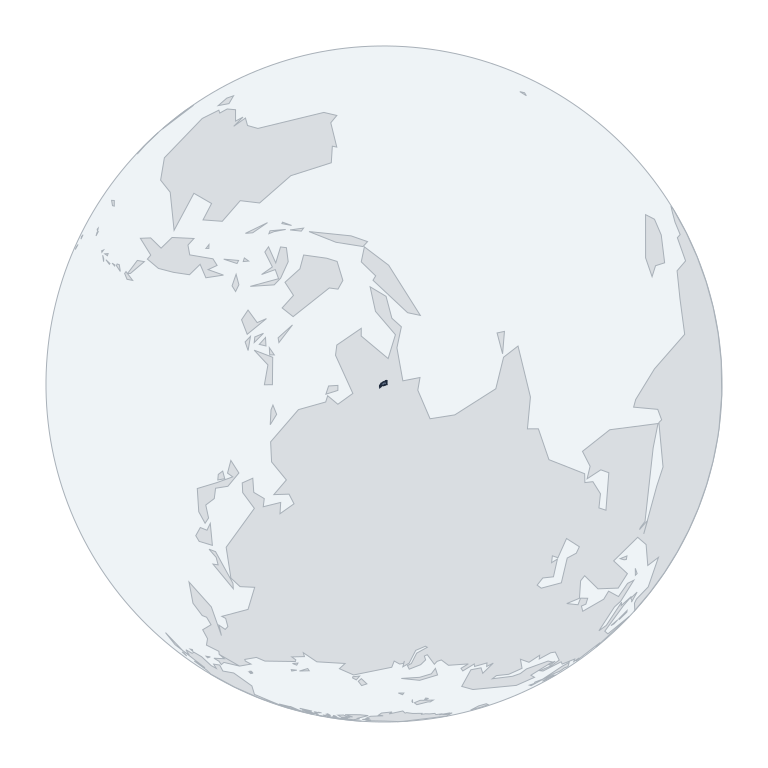 the Earth from above Uttaradit, rotated 185°
{"feature_id": "THA-398", "entity_name": "Uttaradit", "entity_type": "Province", "adm_level": 1, "iso_a3": "THA", "parent_name": "Thailand", "parent_adm1": "", "projection": "orthographic", "projection_center": [100.438, 17.768], "detail": "fine", "context": "on_globe", "style": "filled", "palette": "slate", "viewbox_px": 768, "rotation_deg": 185, "n_neighbors": 0, "source": "natural_earth", "source_scale": "10m", "svg_char_len": 11733}
<svg xmlns="http://www.w3.org/2000/svg" viewBox="0 0 768 768"><g transform="rotate(185 384 384)"><circle cx="384" cy="384" r="338" fill="#eef3f6" stroke="#a8b0b8"/><path d="M703.3,491.0L702.7,493.2L702.6,493.6L703.3,491.0ZM531.3,79.9L536.0,83.7L548.9,91.5L537.6,85.7L569.4,106.1L580.0,117.3L561.4,101.0L554.3,96.9L558.2,102.0L551.7,99.0L549.9,100.2L541.9,96.4L531.6,88.4L526.3,86.1L529.3,90.1L523.2,89.7L519.5,84.0L508.5,83.0L489.3,71.7L486.0,63.5L468.6,57.9L454.7,53.6L480.9,60.3L506.5,69.1L531.3,79.9ZM411.1,47.2L410.2,47.1L411.1,47.2ZM559.7,98.5L556.8,95.8L561.8,99.6L559.7,98.5ZM551.1,101.0L553.9,103.0L551.8,102.8L551.1,101.0ZM537.5,97.3L533.2,97.0L535.8,95.8L537.5,97.3ZM529.5,96.0L519.1,96.4L524.6,100.3L503.3,90.4L519.2,92.7L521.6,90.3L524.3,93.5L529.5,96.0ZM453.1,53.2L454.9,53.8L445.6,51.8L452.5,53.7L440.5,51.7L434.0,50.3L435.0,50.1L429.7,49.6L427.0,48.8L453.1,53.2ZM493.2,85.3L489.2,84.6L491.5,83.9L493.2,85.3ZM415.4,47.5L420.5,48.1L422.8,48.5L412.9,47.6L415.4,47.7L415.4,47.5ZM460.1,55.4L460.1,56.0L450.4,54.5L449.1,54.6L440.4,51.7L460.1,55.4ZM412.1,47.3L407.8,47.2L401.8,46.7L410.5,47.1L412.1,47.3ZM427.6,49.1L428.2,49.4L424.7,48.9L427.6,49.1ZM378.2,46.1L384.4,46.1L386.1,46.2L378.2,46.1ZM406.6,47.3L408.7,47.4L410.1,47.7L406.1,47.6L406.6,47.3ZM434.2,51.1L430.2,50.6L437.2,52.2L430.3,51.6L425.7,50.0L424.8,50.4L422.6,50.3L421.3,49.3L434.2,51.1ZM406.2,48.4L398.0,47.0L386.3,46.7L384.4,46.5L403.7,47.1L406.2,48.4ZM415.2,48.9L409.2,48.4L409.9,48.0L414.5,48.1L415.2,48.9ZM427.1,51.9L439.0,53.2L439.6,53.6L427.1,51.9ZM402.6,48.2L404.7,48.6L401.7,48.3L402.6,48.2ZM419.4,50.7L423.6,51.0L424.1,51.4L419.4,50.7ZM405.3,49.4L402.7,48.8L405.7,48.7L405.3,49.4ZM411.7,50.1L411.4,50.6L408.3,49.1L413.4,50.1L411.7,50.1ZM419.3,51.1L421.0,51.4L417.5,50.9L419.3,51.1ZM395.4,50.7L390.8,48.8L397.5,48.3L401.0,50.1L395.4,50.7ZM115.2,179.2L114.4,180.2L115.4,187.4L113.8,191.7L103.1,204.9L95.5,235.2L105.4,226.2L108.9,246.9L117.9,253.4L139.8,227.8L125.0,216.3L132.9,201.1L153.0,198.6L167.4,210.5L171.0,205.1L170.6,187.6L182.8,181.2L171.5,181.0L169.5,187.8L162.4,188.3L163.7,182.3L168.0,180.0L166.2,174.9L146.3,188.8L142.2,197.2L131.9,192.7L124.0,206.6L118.0,210.3L129.2,188.3L135.0,182.0L148.4,156.9L141.5,162.9L128.3,187.4L128.4,184.0L119.0,194.0L126.3,183.8L142.5,157.0L139.2,154.6L119.5,173.8L119.9,173.2L149.8,140.4L146.2,145.2L154.1,138.0L168.5,124.6L165.6,128.2L170.8,124.0L170.1,126.6L182.1,120.5L183.3,122.7L200.6,111.9L203.6,112.0L192.5,118.1L185.4,124.2L190.0,131.9L194.5,130.8L205.4,123.6L205.3,127.3L215.3,119.4L224.1,121.7L221.7,112.8L234.4,105.7L246.6,103.3L250.4,99.8L230.6,104.0L223.0,107.4L217.2,112.6L196.4,122.3L192.1,121.8L212.3,106.7L208.5,104.9L225.9,95.3L268.8,87.4L280.2,89.5L272.5,106.9L262.6,109.7L260.4,104.4L250.8,115.5L257.1,111.5L257.1,115.1L269.2,110.5L269.7,113.0L280.5,105.0L282.5,107.5L275.6,112.5L295.3,109.4L302.8,114.1L307.0,112.3L309.4,109.2L317.3,118.1L320.1,116.5L318.5,112.8L323.0,107.6L334.0,102.1L336.1,105.5L332.4,107.9L328.0,118.7L317.9,125.5L319.9,126.4L329.2,121.4L334.6,108.1L340.6,103.9L339.5,109.9L340.3,107.4L344.0,106.4L349.7,108.9L351.6,102.5L388.9,91.5L403.6,96.5L398.4,102.2L426.7,101.4L441.0,109.3L439.5,105.5L452.1,104.1L447.8,101.5L448.1,99.8L478.5,97.6L487.3,100.5L498.7,97.5L498.0,95.9L492.1,93.4L503.3,90.4L524.6,100.3L525.2,103.3L538.1,108.4L537.6,114.9L543.2,123.4L535.3,129.1L540.4,136.2L544.9,137.5L555.2,149.0L561.0,169.8L536.6,146.9L524.0,119.2L527.4,129.4L520.8,125.7L518.4,128.7L521.3,136.7L525.3,138.4L499.8,147.6L495.1,170.2L509.7,169.6L519.6,177.3L527.0,207.6L502.3,248.8L515.3,263.5L516.6,273.1L506.5,278.7L504.3,264.7L493.3,259.4L493.6,251.2L476.6,257.0L476.3,245.7L463.2,256.8L469.0,266.0L484.1,264.2L472.9,279.9L489.2,296.6L491.9,316.5L467.0,351.0L440.5,361.0L439.1,367.4L428.2,359.8L414.2,371.9L434.8,408.4L434.4,418.7L411.5,437.5L410.9,429.8L382.1,409.7L376.9,434.1L398.8,455.6L406.3,479.6L389.6,471.5L381.9,450.2L371.7,442.5L374.3,421.2L365.5,388.8L348.7,393.6L349.8,380.8L335.1,353.4L310.8,359.4L272.2,389.0L267.2,421.1L253.8,433.5L237.0,383.8L237.2,351.8L226.3,352.8L213.1,323.0L176.3,312.1L175.3,303.3L167.4,304.9L158.8,293.5L159.1,279.3L151.9,277.6L152.3,315.2L160.5,317.4L173.4,307.3L171.5,320.0L180.4,334.2L155.1,358.1L107.6,368.5L110.3,343.8L112.0,269.9L116.0,263.5L116.3,262.7L116.8,261.2L109.5,271.1L112.2,257.3L103.4,306.0L98.8,325.7L106.8,369.6L104.3,372.5L109.1,382.6L133.3,382.7L131.9,390.5L115.9,422.6L88.8,459.7L96.6,494.8L101.9,522.3L94.3,532.9L104.5,555.3L102.0,558.7L108.2,570.6L111.6,580.0L113.7,586.3L110.7,582.8L96.0,560.8L83.1,537.8L72.0,513.8L62.8,489.1L55.6,463.7L50.4,437.8L50.2,436.9L50.1,436.1L46.6,402.5L46.4,368.8L46.6,365.6L46.9,360.1L49.5,335.8L53.9,311.7L60.0,287.9L67.8,264.7L77.3,242.1L88.4,220.2L101.1,199.2L115.2,179.2ZM175.2,238.9L188.7,246.0L195.6,226.1L201.3,227.5L201.5,220.6L196.0,224.7L198.4,206.7L208.9,204.6L213.9,197.0L209.6,194.3L190.0,201.4L186.3,226.6L177.7,232.2L175.2,238.9ZM200.3,101.7L195.7,105.3L189.7,108.9L188.2,108.8L197.0,103.1L200.3,101.7ZM190.7,109.7L211.2,96.3L212.9,96.7L208.5,98.6L207.6,100.2L200.2,103.8L181.8,118.4L175.3,122.8L176.1,118.5L179.4,117.0L183.7,113.3L190.7,109.7ZM260.5,70.0L269.4,66.6L261.6,71.6L254.2,74.4L252.2,73.6L259.9,70.1L260.5,70.0ZM402.9,46.6L403.0,46.6L398.7,46.5L394.3,46.4L395.0,46.3L388.5,46.2L386.4,46.1L402.9,46.6ZM384.9,46.1L381.0,46.1L377.0,46.2L384.9,46.1ZM336.1,49.5L336.7,49.4L330.9,50.3L341.2,48.8L341.5,48.9L353.7,48.3L368.4,47.3L373.2,47.5L367.6,48.0L376.4,47.9L369.1,49.3L372.4,49.6L368.5,51.8L355.9,53.4L360.5,53.7L357.8,56.0L347.4,58.0L350.1,55.8L336.8,59.9L334.3,58.0L332.9,58.6L327.0,58.3L317.4,59.2L317.8,58.2L313.9,59.1L309.9,59.3L304.6,60.3L303.5,59.2L297.0,60.6L300.2,59.3L289.3,62.2L296.9,59.7L292.5,60.3L287.4,62.4L292.8,58.6L336.1,49.5ZM393.9,51.2L379.3,52.4L370.8,52.3L381.1,48.7L379.1,48.2L385.4,46.9L397.6,47.4L394.7,47.6L394.7,48.0L390.9,47.6L393.9,48.2L390.0,48.8L391.3,49.5L386.2,49.6L393.9,51.2ZM118.4,188.3L118.3,190.4L119.6,192.0L113.7,198.8L118.4,188.3ZM129.0,170.0L129.8,170.3L122.1,179.6L122.2,177.9L129.0,170.0ZM136.9,163.1L130.5,169.6L134.0,165.1L136.9,163.1ZM194.0,118.4L195.7,118.8L193.3,120.7L189.3,122.8L194.0,118.4ZM307.4,73.4L310.3,71.3L312.4,71.2L323.3,67.4L326.0,69.1L320.5,72.0L307.4,73.4ZM133.5,230.6L127.0,233.9L127.3,230.3L129.5,229.8L133.5,230.6ZM116.9,215.4L117.6,222.3L115.3,217.2L116.9,215.4ZM312.2,74.6L316.3,72.7L315.1,74.8L312.2,74.6ZM328.5,70.2L328.2,72.2L327.6,68.9L328.5,70.2ZM267.3,683.6L274.2,687.1L269.4,686.4L267.3,683.6ZM134.4,532.5L138.2,575.5L128.9,571.7L120.8,556.6L115.0,529.2L123.8,525.5L126.3,514.3L134.4,532.5ZM489.9,533.9L499.7,534.9L499.2,536.4L489.9,533.9ZM479.7,529.1L491.0,529.3L477.7,532.3L479.7,529.1ZM495.4,529.4L506.9,526.2L511.8,523.7L510.9,526.7L495.4,529.4ZM472.0,529.3L429.7,528.7L412.8,524.4L416.9,519.1L444.2,521.0L472.0,529.3ZM415.5,518.9L389.7,502.7L353.8,455.5L366.7,457.1L404.0,486.4L401.7,491.0L417.3,503.7L415.5,518.9ZM477.8,491.4L475.3,505.5L452.0,504.3L441.4,502.0L434.0,483.6L438.1,474.5L446.9,474.9L480.4,443.2L492.1,450.9L481.9,464.4L491.5,476.7L477.8,491.4ZM268.5,424.4L275.8,444.7L268.6,446.9L268.5,424.4ZM493.5,420.8L480.3,434.9L492.3,416.1L493.5,420.8ZM500.4,403.1L501.4,410.2L495.8,403.4L500.4,403.1ZM439.0,377.2L429.8,378.6L429.4,373.6L441.0,368.8L439.0,377.2ZM493.8,333.5L494.3,348.3L492.8,353.3L488.3,344.4L493.8,333.5ZM341.1,92.2L322.9,94.9L311.6,99.4L308.0,105.2L305.3,98.8L322.7,91.9L341.1,92.2ZM382.8,90.9L385.8,86.8L389.7,88.5L389.5,89.7L382.8,90.9ZM380.9,88.5L374.9,83.8L380.0,81.6L383.7,85.6L380.9,88.5ZM342.8,77.4L337.3,77.9L338.4,76.1L342.8,77.4ZM610.5,634.8L605.2,639.5L598.0,645.1L626.2,619.4L626.1,619.8L610.5,634.8ZM559.0,658.0L562.9,649.8L573.4,646.9L565.5,655.1L559.0,658.0ZM630.8,614.8L633.8,611.5L642.4,601.6L649.9,591.5L643.8,600.0L644.4,599.3L630.8,614.8ZM531.9,627.6L467.6,649.3L454.4,647.4L459.8,639.6L451.7,615.9L456.2,616.4L455.8,599.8L495.0,583.4L523.7,553.5L543.2,554.1L559.3,532.0L578.6,531.7L571.5,548.8L590.0,557.4L606.5,518.8L613.7,556.4L624.3,567.6L622.5,590.2L588.2,632.7L572.4,642.4L571.2,639.6L564.2,644.3L555.8,644.3L554.8,633.0L547.7,637.6L556.2,627.6L545.2,636.9L542.5,629.6L531.9,627.6ZM668.2,537.7L670.0,538.0L671.4,543.2L668.7,543.3L668.2,537.7ZM698.5,501.9L698.2,504.4L696.8,506.5L698.5,501.9ZM702.6,493.6L700.9,496.4L703.3,491.0L702.6,493.6ZM682.7,511.2L683.2,513.2L682.3,514.4L682.7,511.2ZM682.0,510.7L683.8,506.4L683.0,510.3L682.0,510.7ZM675.0,493.1L676.5,490.6L676.9,492.1L675.0,493.1ZM514.1,534.6L528.0,523.2L535.2,522.0L514.1,534.6ZM673.5,489.3L670.2,489.9L670.7,487.7L673.5,489.3ZM674.1,484.3L674.0,481.4L675.5,487.8L674.1,484.3ZM668.0,479.3L671.9,483.6L667.5,480.1L668.0,479.3ZM665.4,480.7L662.4,479.1L662.6,478.1L665.4,480.7ZM627.6,492.1L639.4,507.9L629.2,509.2L617.9,499.9L607.9,511.5L586.0,512.4L591.4,505.3L588.8,495.7L565.3,493.8L560.6,487.6L569.2,482.6L553.4,478.5L570.7,474.3L577.6,487.2L587.3,475.9L603.5,476.9L618.8,479.5L630.6,487.8L627.6,492.1ZM570.3,503.8L573.2,503.5L570.5,507.7L570.3,503.8ZM656.5,473.1L660.9,478.6L660.3,480.3L658.1,479.8L656.5,473.1ZM633.4,485.0L646.3,472.0L649.2,471.6L640.5,485.6L633.4,485.0ZM643.4,465.3L649.1,465.9L652.0,471.5L650.8,473.5L643.4,465.3ZM534.9,493.7L534.1,497.4L529.5,494.7L534.9,493.7ZM540.9,491.2L554.6,494.4L539.6,494.4L540.9,491.2ZM498.2,479.7L502.3,488.5L515.5,482.4L505.4,490.9L514.2,505.1L511.0,510.6L502.4,495.2L499.0,511.5L493.1,511.3L490.1,497.5L496.2,480.4L502.0,473.2L525.7,469.6L498.2,479.7ZM540.9,480.4L537.2,470.2L539.9,463.2L543.9,468.5L540.9,480.4ZM525.9,445.8L515.7,434.1L506.8,438.9L524.6,421.6L531.5,435.6L525.9,445.8ZM516.8,419.6L508.5,424.0L516.9,414.0L516.8,419.6ZM506.1,420.0L504.9,411.6L511.7,412.6L506.1,420.0ZM521.2,419.8L522.3,405.5L526.0,413.8L521.2,419.8ZM501.3,392.9L516.3,406.4L497.2,400.9L495.1,373.6L503.1,372.8L501.3,392.9ZM537.1,283.2L534.4,275.8L541.2,273.9L541.2,279.5L537.1,283.2ZM560.9,263.6L542.1,271.1L526.6,278.3L532.1,281.6L529.9,294.5L520.8,282.7L530.6,268.5L542.7,265.5L543.1,255.1L551.0,247.9L547.1,235.2L550.1,229.7L557.4,240.6L560.9,263.6ZM544.9,230.0L540.9,208.3L554.4,211.1L558.3,216.5L554.5,225.0L547.6,222.9L544.9,230.0ZM543.9,204.2L537.2,202.3L517.1,172.3L516.3,166.9L538.7,189.7L533.5,189.4L536.1,196.7L543.9,204.2ZM491.2,86.3L489.4,84.7L493.1,86.2L491.2,86.3ZM445.4,98.5L446.4,96.3L450.8,97.6L445.4,98.5ZM451.5,91.4L445.9,91.3L450.9,90.0L451.5,91.4ZM433.5,91.8L443.2,90.7L435.2,93.9L433.5,91.8Z" fill="#d9dde1" stroke="#a8b0b8" stroke-width="1"/><path d="M387.6,380.4L387.6,380.5L388.0,380.6L388.0,380.8L387.9,380.9L387.9,381.0L387.9,381.3L388.0,381.4L388.1,381.5L388.0,381.8L387.9,381.9L388.0,382.0L388.1,382.3L387.9,382.5L387.7,382.7L387.6,382.9L387.5,383.0L387.4,383.1L387.2,383.2L387.2,383.3L387.2,383.6L387.0,383.8L387.0,384.0L386.9,384.0L386.9,384.4L386.7,384.5L386.6,384.4L386.4,384.4L386.4,384.5L386.2,384.7L386.2,384.8L385.9,385.0L385.7,385.2L385.6,385.4L385.3,385.5L385.0,385.8L384.9,385.9L384.8,386.0L384.6,386.1L384.4,386.2L384.1,386.1L383.5,386.3L383.4,386.3L383.2,386.3L383.0,386.5L382.9,386.7L383.0,387.0L382.9,387.2L382.7,387.4L382.4,387.4L381.7,387.6L381.4,387.5L381.4,387.3L381.4,387.1L381.4,386.9L381.5,386.9L381.6,386.7L381.6,386.3L381.6,386.2L381.7,385.9L381.7,385.7L381.4,385.5L381.4,385.4L381.2,385.3L381.2,385.2L381.3,385.0L381.3,384.9L381.4,384.6L381.4,384.4L381.2,384.2L381.1,383.9L381.3,383.9L381.5,383.7L381.8,383.6L382.0,383.6L382.3,383.5L382.3,383.4L382.5,383.3L382.7,383.2L382.8,383.1L382.9,382.9L383.1,382.9L383.2,383.0L383.3,383.0L383.5,383.2L383.6,382.9L383.6,382.7L383.8,382.6L384.0,382.6L384.3,382.5L384.5,382.5L384.7,382.4L384.8,382.3L385.0,382.4L385.3,382.4L385.4,382.5L385.5,382.5L385.8,382.5L385.9,382.4L386.1,382.2L386.3,382.1L386.4,381.9L386.5,381.7L386.6,381.4L386.7,381.2L387.0,380.9L387.5,380.5L387.6,380.4Z" fill="#64748b" stroke="#1e293b" stroke-width="1.5"/></g></svg>